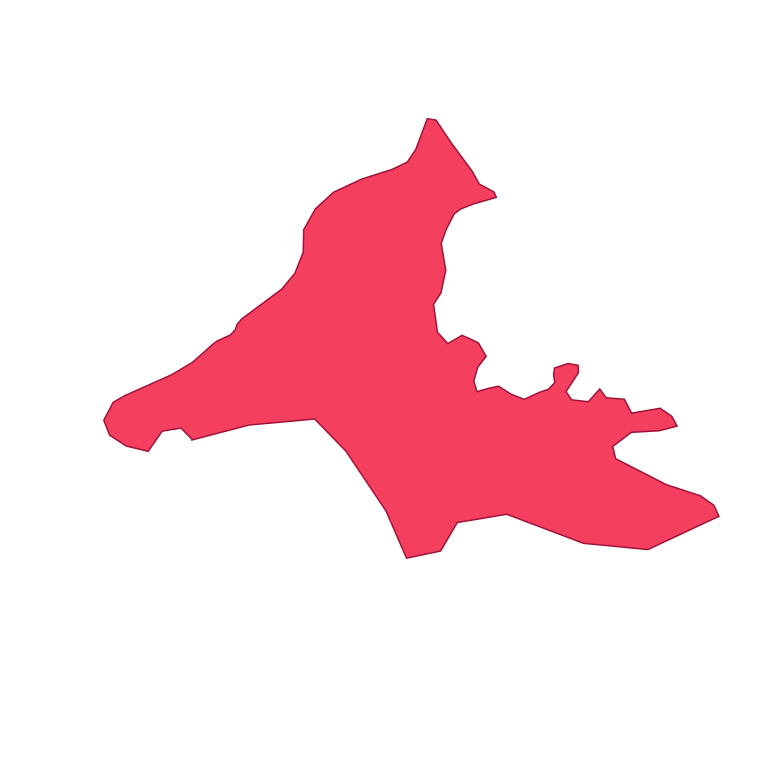 outline of Rasŏn, rotated 252°
{"feature_id": "PRK-5495", "entity_name": "Rasŏn", "entity_type": "Province", "adm_level": 1, "iso_a3": "PRK", "parent_name": "North Korea", "parent_adm1": "", "projection": "orthographic", "projection_center": [130.457, 42.392], "detail": "fine", "context": "isolated", "style": "filled", "palette": "rose", "viewbox_px": 768, "rotation_deg": 252, "n_neighbors": 0, "source": "natural_earth", "source_scale": "10m", "svg_char_len": 1275}
<svg xmlns="http://www.w3.org/2000/svg" viewBox="0 0 768 768"><g transform="rotate(252 384 384)"><path d="M436.1,106.3L450.3,120.8L453.1,134.5L458.4,184.5L463.7,208.4L474.8,233.7L476.6,239.1L478.1,253.1L481.6,259.3L486.2,262.8L490.0,269.1L505.8,316.0L516.9,333.5L534.3,347.9L555.5,355.3L571.8,372.9L582.0,395.3L585.8,425.9L585.6,458.0L587.9,474.9L597.5,486.9L623.0,507.2L618.9,515.0L592.2,522.6L558.8,533.7L544.7,536.4L532.7,547.9L526.8,548.5L527.6,525.4L526.8,511.5L524.3,503.5L512.1,491.2L500.2,481.9L473.1,477.9L452.9,466.2L444.6,455.8L416.8,450.8L402.7,457.2L406.2,473.3L394.1,486.4L378.7,489.7L371.0,478.3L359.0,470.3L348.0,470.1L347.6,481.3L346.5,492.3L335.4,501.4L326.1,512.5L328.1,529.7L328.1,538.6L332.6,546.9L340.3,548.1L346.5,551.1L346.6,565.4L341.8,574.4L334.7,572.4L320.5,554.8L310.9,557.6L304.0,572.9L312.6,587.7L302.2,591.1L295.3,607.9L279.8,610.5L275.6,639.1L264.4,647.7L253.4,649.7L254.5,631.3L261.6,604.3L253.9,582.2L241.4,581.2L201.0,621.4L179.9,650.4L166.6,660.3L154.7,661.7L145.0,583.8L170.8,524.5L222.2,460.4L229.6,410.9L207.7,386.2L211.4,351.6L262.6,346.7L331.9,327.0L372.1,307.3L386.7,243.0L390.1,184.2L390.4,184.4L404.8,177.4L407.7,158.5L392.8,138.9L404.7,119.6L420.0,107.3L436.1,106.3Z" fill="#f43f5e" stroke="#9f1239" stroke-width="1.5"/></g></svg>